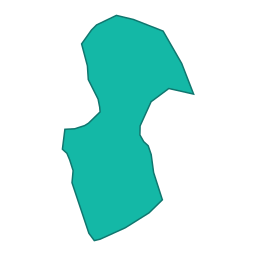 the Municipality of Gorišnica
{"feature_id": "SVN-1041", "entity_name": "Gorišnica", "entity_type": "Municipality", "adm_level": 1, "iso_a3": "SVN", "parent_name": "Slovenia", "parent_adm1": "", "projection": "equal_earth", "projection_center": [16.012, 46.363], "detail": "fine", "context": "isolated", "style": "filled", "palette": "teal", "viewbox_px": 256, "rotation_deg": 0, "n_neighbors": 0, "source": "natural_earth", "source_scale": "10m", "svg_char_len": 569}
<svg xmlns="http://www.w3.org/2000/svg" viewBox="0 0 256 256"><path d="M162.4,199.8L149.1,212.8L125.2,227.8L100.1,239.2L94.3,240.6L94.0,240.2L88.9,233.3L72.0,182.7L73.1,170.6L69.7,159.9L66.9,153.3L62.4,149.2L64.9,129.3L74.6,128.8L84.6,125.6L88.5,123.2L100.1,111.9L99.7,107.2L98.1,99.1L88.3,79.6L87.4,65.8L81.6,43.9L91.5,30.0L96.6,24.9L116.4,15.4L133.5,19.5L163.1,31.1L181.7,63.5L193.6,94.1L168.8,88.5L151.1,101.7L140.1,125.9L139.9,134.9L143.7,141.6L148.2,145.8L151.2,154.6L153.6,172.5L162.1,199.0L162.4,199.8Z" fill="#14b8a6" stroke="#0f766e" stroke-width="1.5"/></svg>